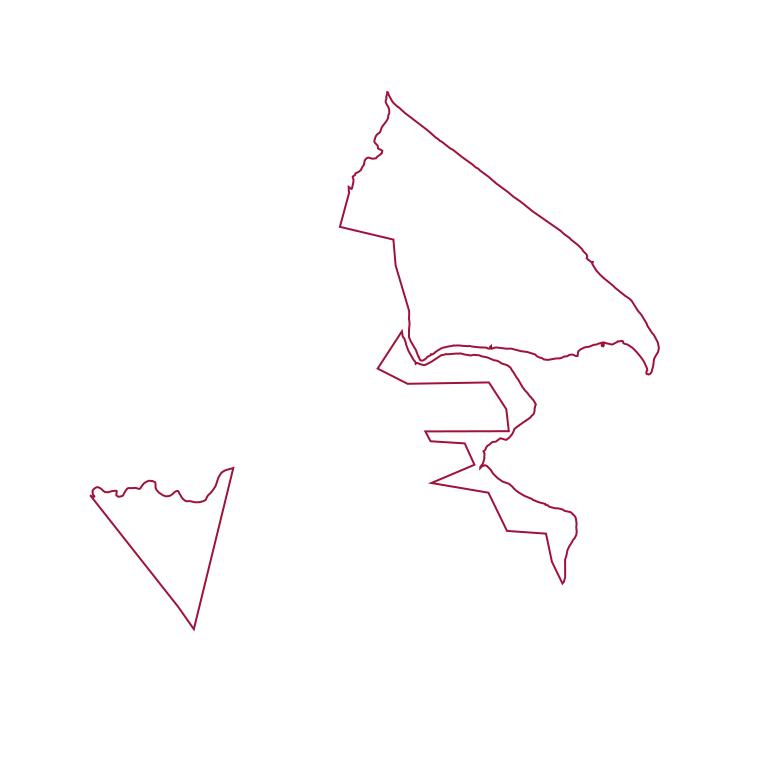 Mapoon, Queensland, Australia (Albers equal-area conic projection), rotated 104°
{"feature_id": "25037944B16136262303417", "entity_name": "Mapoon", "entity_type": "district", "adm_level": 2, "iso_a3": "AUS", "parent_name": "Australia", "parent_adm1": "Queensland", "projection": "albers", "projection_center": [141.958, -12.172], "detail": "fine", "context": "isolated", "style": "outline", "palette": "rose", "viewbox_px": 768, "rotation_deg": 104, "n_neighbors": 0, "source": "geoboundaries", "source_scale": "gbopen_adm2", "svg_char_len": 6169}
<svg xmlns="http://www.w3.org/2000/svg" viewBox="0 0 768 768"><g transform="rotate(104 384 384)"><path d="M315.8,375.0L319.3,373.8L325.6,372.8L332.5,371.1L336.2,368.3L343.4,361.2L348.4,357.8L349.0,357.0L349.4,357.0L352.0,354.7L352.2,353.9L352.1,352.7L351.4,351.5L350.5,350.5L348.8,349.3L347.5,348.6L346.2,347.4L344.8,345.7L343.7,345.6L343.6,344.3L343.3,343.9L341.5,342.3L341.3,342.4L339.8,341.2L337.5,339.1L337.1,338.4L336.2,337.8L334.8,336.0L333.7,334.2L333.5,333.1L332.8,332.3L330.2,326.4L329.7,325.8L329.6,324.5L328.8,322.1L328.2,319.0L328.1,317.8L326.9,311.3L326.5,310.5L326.2,306.5L325.6,302.0L325.1,298.8L324.2,295.3L324.0,292.9L324.4,291.4L324.1,289.9L322.3,290.0L321.2,289.3L323.1,288.5L323.7,287.9L322.0,285.5L321.3,283.5L320.1,273.5L318.9,269.3L319.0,259.0L318.3,253.0L318.7,244.7L320.1,242.3L320.7,239.4L320.6,237.2L321.5,234.9L320.9,230.6L317.7,223.5L316.7,220.0L315.7,218.0L313.6,215.6L312.8,213.0L311.0,211.3L310.1,209.3L309.8,207.8L310.4,205.2L310.2,203.4L310.0,203.0L305.4,203.4L303.1,201.9L300.4,198.8L299.2,196.7L298.3,194.1L295.1,189.7L294.5,187.7L293.1,185.9L290.9,181.9L290.4,180.2L290.7,179.8L290.6,173.0L290.4,171.9L286.7,167.8L286.1,167.6L285.7,165.8L284.9,164.4L284.7,162.8L284.9,162.3L286.4,161.7L286.8,160.5L286.8,157.4L287.0,156.6L288.8,151.6L292.0,146.4L296.3,140.6L298.5,138.1L300.5,136.3L305.2,132.6L306.1,132.2L307.1,131.9L308.7,132.4L310.4,131.9L310.8,131.3L310.6,130.5L310.8,129.7L309.9,128.3L307.8,127.3L301.0,127.2L294.5,128.0L292.4,127.6L286.4,125.8L282.8,126.0L281.8,126.3L277.4,128.4L270.9,134.2L269.7,136.2L263.5,142.8L262.0,143.6L254.7,150.9L251.4,155.5L243.5,163.7L241.8,166.5L240.1,171.4L234.9,182.7L233.4,185.1L228.5,195.6L226.1,200.1L222.5,205.5L218.1,210.0L216.9,211.1L216.3,211.3L215.5,210.8L215.1,210.9L215.5,212.3L213.8,216.4L212.9,217.8L211.1,217.6L209.2,218.9L207.2,222.4L205.0,224.8L202.0,230.0L198.7,237.4L197.5,239.1L195.0,245.4L192.7,249.6L180.5,281.6L174.0,295.6L171.1,303.5L168.0,309.7L162.2,323.7L157.3,333.4L153.7,342.3L152.2,344.8L151.6,347.5L149.6,351.3L144.9,363.2L140.1,373.7L139.5,376.4L134.9,386.7L134.5,388.6L133.3,390.6L132.3,393.5L127.9,401.8L115.9,429.4L111.9,436.8L111.5,438.4L108.9,442.9L107.7,444.5L102.2,449.5L100.8,450.2L100.1,450.8L100.1,451.5L102.1,451.1L105.0,451.3L105.9,450.7L108.6,450.9L110.2,450.5L112.5,448.6L114.3,446.7L117.0,445.2L119.8,444.4L122.1,444.8L125.1,444.4L128.0,445.1L135.2,448.2L140.8,448.8L143.1,450.8L145.0,451.7L146.3,452.0L150.3,452.2L151.2,452.0L152.0,451.4L154.0,448.2L155.0,447.4L156.7,446.9L157.1,446.2L157.6,443.4L158.0,442.1L160.6,441.9L161.2,442.6L161.9,442.8L165.2,445.6L166.9,446.4L168.2,449.6L168.1,454.0L169.0,455.4L171.7,456.8L176.2,456.5L178.5,457.5L182.0,458.2L184.6,460.2L186.4,462.6L188.3,462.7L190.0,464.3L190.8,464.5L193.1,463.0L196.3,462.5L202.1,462.4L202.6,463.0L201.4,465.9L205.1,464.9L206.6,464.1L242.2,464.8L241.6,409.8L266.2,401.4L307.0,377.3L310.3,376.4L315.2,375.5L315.8,375.0ZM408.7,252.0L406.3,249.9L404.2,248.7L403.3,248.4L402.9,248.0L400.1,247.1L397.6,246.7L397.0,246.8L395.9,246.5L392.8,244.1L391.5,242.8L390.9,242.6L389.6,241.2L387.6,239.7L385.3,237.4L385.0,237.4L384.2,236.5L380.8,233.7L379.6,233.3L377.4,231.8L376.1,231.4L373.2,231.4L372.0,231.9L368.0,231.9L367.1,231.7L366.7,232.2L366.2,232.4L363.0,235.7L362.8,236.3L361.1,238.4L360.9,239.2L358.1,242.5L355.9,246.1L355.2,246.7L353.8,248.6L347.3,254.8L345.6,256.9L341.0,261.5L339.8,263.1L337.6,265.2L337.0,266.3L337.0,266.7L336.4,267.5L335.9,269.7L335.6,275.2L334.7,277.0L334.1,279.6L334.3,283.2L333.2,290.4L333.5,296.2L333.1,298.3L334.0,304.0L335.4,306.9L335.9,313.5L335.8,317.3L336.7,319.3L336.7,320.4L339.9,329.8L339.9,330.9L341.3,333.3L342.2,335.4L350.8,343.2L355.2,348.2L356.1,350.2L356.0,354.1L355.5,357.0L356.7,358.1L354.8,359.1L353.5,361.1L345.8,368.4L340.7,371.9L338.3,373.1L335.4,375.0L334.2,376.0L334.1,376.6L333.4,377.3L328.6,379.4L370.6,393.9L378.1,361.2L357.1,282.6L378.9,259.2L399.6,251.5L420.0,332.4L428.3,325.0L422.1,291.3L440.5,276.7L468.6,314.1L464.2,256.4L496.8,229.1L490.0,190.6L515.8,178.1L534.4,162.6L532.2,161.6L527.4,161.5L510.6,165.8L507.0,165.5L500.9,165.8L496.8,165.0L492.2,163.4L490.0,163.0L487.6,161.8L484.0,160.9L480.6,161.3L476.8,162.7L472.3,163.5L471.0,164.2L469.3,164.7L467.2,165.8L465.7,167.4L464.5,169.6L463.5,171.1L463.2,172.4L463.4,178.0L462.6,180.2L462.5,184.6L463.1,187.4L463.2,190.7L463.1,193.6L462.9,194.4L462.0,196.0L462.3,197.2L462.1,198.3L461.3,198.6L461.3,204.1L461.0,207.8L460.5,209.9L460.4,211.7L459.8,212.4L458.6,220.5L456.8,226.7L455.4,230.1L453.8,233.0L452.4,234.9L450.6,238.7L450.0,245.3L447.9,250.8L444.6,256.5L441.6,259.5L438.6,264.4L438.4,266.4L440.3,269.2L442.3,270.3L441.4,270.5L440.1,269.9L439.2,269.7L437.7,268.9L435.8,268.7L431.6,268.6L430.2,269.2L429.3,269.2L427.2,269.7L425.2,271.2L424.3,270.3L423.1,269.8L421.0,269.5L419.0,268.8L417.4,267.1L415.5,265.9L414.0,264.6L413.5,263.6L413.4,262.7L412.9,261.6L408.5,258.0L408.7,252.0ZM502.0,509.9L504.9,515.0L506.6,517.7L508.1,519.2L509.8,520.4L513.8,521.8L516.5,522.2L522.8,522.6L524.6,523.0L529.3,524.7L531.1,525.6L534.6,527.8L537.3,528.6L539.1,528.8L539.9,529.3L541.4,530.9L543.4,534.7L544.3,537.9L544.5,539.4L544.6,543.7L545.0,545.5L545.5,547.0L545.5,548.2L544.2,551.3L542.3,553.6L540.8,554.9L539.2,556.6L538.1,557.2L537.8,557.9L537.8,558.6L538.1,559.5L539.4,561.0L542.1,562.6L544.1,564.5L544.8,565.8L545.7,568.1L545.5,571.4L543.8,576.2L541.7,579.2L539.8,580.6L535.7,581.7L534.9,582.1L534.5,582.7L534.2,585.2L534.6,588.0L534.9,589.0L535.6,590.0L537.7,592.3L539.1,593.2L542.2,594.6L544.1,595.1L544.8,595.7L545.1,596.8L544.9,599.5L545.1,600.6L546.3,604.3L546.6,606.2L547.1,607.3L547.9,608.0L550.3,608.9L552.3,609.6L554.8,610.1L555.7,610.5L557.4,613.4L557.4,614.1L557.6,614.8L557.1,616.1L556.5,616.9L555.4,617.1L552.7,617.3L552.4,617.7L552.6,619.3L553.3,620.5L553.9,622.3L556.0,626.0L556.3,628.8L555.3,631.1L554.0,633.3L553.4,635.7L553.4,637.0L553.9,638.1L554.8,639.1L557.2,640.8L558.4,640.9L560.0,640.4L561.2,639.9L562.0,639.3L562.5,638.4L563.1,637.9L563.8,638.2L564.3,639.2L563.0,642.2L650.1,529.7L667.9,509.2L502.0,509.9ZM292.5,181.2L293.4,182.2L294.3,181.9L294.2,181.3L294.4,180.4L293.3,180.1L292.5,180.4L292.5,181.2Z" fill="none" stroke="#9f1239" stroke-width="2"/></g></svg>